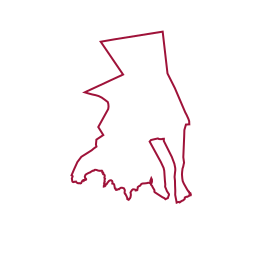 outline of Anoamaa East, Atua, Samoa, rotated 154°
{"feature_id": "51752279B65855420318415", "entity_name": "Anoamaa East", "entity_type": "district", "adm_level": 2, "iso_a3": "WSM", "parent_name": "Samoa", "parent_adm1": "Atua", "projection": "albers", "projection_center": [-171.579, -13.925], "detail": "fine", "context": "isolated", "style": "outline", "palette": "rose", "viewbox_px": 256, "rotation_deg": 154, "n_neighbors": 0, "source": "geoboundaries", "source_scale": "gbopen_adm2", "svg_char_len": 3441}
<svg xmlns="http://www.w3.org/2000/svg" viewBox="0 0 256 256"><g transform="rotate(154 128 128)"><path d="M114.7,217.5L109.0,178.2L123.4,178.5L139.3,178.8L148.6,179.0L151.2,179.0L148.4,176.4L145.4,173.8L142.7,171.7L140.4,169.6L138.3,166.9L136.4,163.4L134.8,160.2L135.2,158.1L136.1,155.8L137.5,153.7L141.5,150.9L154.3,141.9L153.3,132.5L161.5,131.4L164.1,127.1L164.5,125.1L167.6,124.6L170.4,123.9L172.2,123.7L182.5,122.6L188.4,119.6L194.7,114.4L199.5,110.2L198.9,109.2L199.0,108.7L199.9,107.9L200.7,107.1L200.9,106.1L201.4,104.8L201.2,104.1L201.3,103.8L200.8,103.3L200.1,103.1L199.2,103.1L198.5,102.6L198.3,102.6L198.3,102.1L197.9,101.3L197.4,100.5L196.5,99.9L196.1,99.9L195.2,99.1L194.3,99.0L192.9,100.1L191.8,100.7L191.1,100.7L191.0,100.3L190.6,100.7L190.2,100.5L190.1,100.2L189.5,100.5L189.1,100.0L188.6,99.9L188.2,100.1L188.0,100.6L188.2,101.4L188.4,102.0L188.3,102.7L188.1,103.3L186.8,104.5L185.6,104.8L184.3,104.8L183.3,104.9L181.4,104.7L181.0,104.9L180.3,104.9L178.5,105.1L177.7,104.7L177.4,104.6L176.6,105.0L176.0,104.9L175.0,104.3L174.5,103.9L173.4,102.7L172.5,102.2L172.1,101.8L171.4,101.6L170.2,101.1L170.0,100.3L170.5,99.5L170.2,99.4L169.9,98.6L170.6,97.5L170.5,97.2L169.9,96.8L169.7,95.7L170.3,94.5L170.9,93.9L171.1,93.5L170.9,92.9L170.9,92.4L171.5,92.0L172.4,90.6L172.3,90.2L172.9,89.6L173.6,89.0L173.3,88.5L173.5,87.9L174.1,87.7L174.9,86.7L175.1,86.6L175.4,86.0L174.4,85.8L173.9,86.2L173.6,86.1L172.6,86.9L171.6,87.0L170.6,87.7L168.2,88.8L166.9,88.8L166.0,88.3L165.5,87.4L165.7,86.0L166.3,85.2L166.0,85.1L166.0,84.5L165.3,83.8L165.3,82.8L165.7,81.5L166.2,79.6L166.1,79.0L165.7,78.8L166.0,77.9L165.9,77.6L165.2,77.3L163.7,77.2L163.4,77.3L162.9,76.9L162.0,77.2L160.8,77.4L159.9,77.1L159.0,76.5L158.1,75.5L158.1,73.5L159.5,71.3L159.6,70.3L159.3,70.1L159.2,69.5L159.3,68.5L159.2,68.2L159.3,66.7L159.2,65.8L159.8,64.5L159.5,64.0L159.2,64.1L158.8,63.2L157.0,64.0L156.2,64.6L154.8,66.5L154.3,67.8L154.1,68.8L153.8,69.1L151.8,70.4L150.5,70.7L149.6,70.3L147.9,68.8L148.2,68.4L147.3,68.1L146.8,68.2L146.6,68.6L146.1,69.1L145.1,70.6L143.8,70.9L142.7,70.8L142.0,71.0L141.5,71.4L140.5,71.8L139.8,71.8L138.9,71.6L137.3,70.9L135.0,70.1L134.0,70.0L133.1,69.5L132.6,68.9L131.6,68.9L131.1,69.2L131.3,69.7L131.2,70.6L129.1,72.6L129.1,71.1L130.0,69.2L130.5,68.7L132.1,67.2L132.1,66.5L131.7,65.2L131.8,64.1L131.5,60.7L131.7,60.1L132.1,59.5L132.2,58.7L130.6,56.0L127.4,50.7L126.0,48.9L125.6,47.6L123.6,47.6L123.0,47.5L121.3,49.2L120.7,49.7L120.2,50.5L120.7,54.3L120.5,56.5L120.4,58.9L119.2,61.0L117.9,64.5L116.0,69.2L114.2,73.6L113.5,76.5L113.4,82.9L114.5,106.3L112.6,107.1L109.4,106.4L105.7,105.5L105.1,104.6L104.5,104.2L103.0,103.4L102.1,103.1L101.4,103.0L100.5,102.6L101.1,101.4L101.5,100.8L101.3,82.8L102.0,75.5L103.1,71.3L104.0,69.3L105.5,67.0L107.6,63.6L108.9,60.0L110.9,55.7L113.0,50.9L114.9,47.2L115.7,44.3L116.3,42.0L117.0,39.6L115.3,39.5L114.7,39.1L114.3,38.5L113.7,38.5L113.2,38.9L112.2,38.7L111.6,38.9L110.0,38.8L109.7,38.9L108.1,39.4L107.4,40.6L106.0,40.6L105.3,40.5L105.0,40.2L103.4,40.2L102.8,40.3L102.1,40.2L101.5,40.3L101.1,40.1L100.7,40.6L100.6,41.6L101.3,42.0L100.8,42.4L101.2,42.8L101.1,43.9L101.4,44.0L101.8,46.7L102.2,53.5L102.1,56.3L101.3,58.9L99.9,62.5L98.6,64.8L96.8,67.6L95.3,69.1L93.4,71.6L92.9,72.1L91.7,75.7L91.1,77.5L81.2,95.8L78.2,101.5L74.4,105.7L71.3,104.4L70.0,107.4L69.7,110.0L69.6,114.2L69.7,117.0L68.4,143.2L68.6,159.7L54.6,199.4L101.2,213.6L114.7,217.5Z" fill="none" stroke="#9f1239" stroke-width="2"/></g></svg>